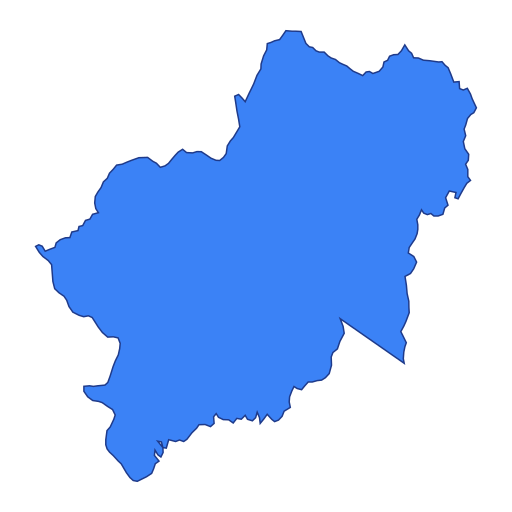 Sapopema, Paraná, Brazil
{"feature_id": "56859067B84915220183665", "entity_name": "Sapopema", "entity_type": "district", "adm_level": 2, "iso_a3": "BRA", "parent_name": "Brazil", "parent_adm1": "Paraná", "projection": "equal_earth", "projection_center": [-50.609, -23.883], "detail": "fine", "context": "isolated", "style": "filled", "palette": "blue", "viewbox_px": 512, "rotation_deg": 0, "n_neighbors": 0, "source": "geoboundaries", "source_scale": "gbopen_adm2", "svg_char_len": 3800}
<svg xmlns="http://www.w3.org/2000/svg" viewBox="0 0 512 512"><path d="M316.0,50.8L312.7,47.5L309.3,46.8L305.9,43.4L301.1,31.5L295.5,31.2L292.0,31.2L285.9,30.7L282.6,35.5L279.6,39.6L274.6,40.8L270.8,42.5L267.3,43.6L266.7,49.9L263.6,55.9L261.1,64.0L260.9,68.9L257.0,75.3L253.7,83.9L251.1,89.3L249.3,92.9L245.2,101.7L242.0,98.0L238.6,94.5L234.7,96.2L235.7,102.5L237.0,111.2L238.6,119.3L239.8,126.8L236.2,132.8L233.4,137.5L230.4,140.9L227.3,145.9L226.2,153.6L223.5,157.4L219.7,160.5L216.0,160.3L211.0,158.2L206.5,155.1L201.3,151.7L196.9,151.6L192.7,152.9L186.6,152.6L182.6,149.3L178.2,152.1L175.2,155.3L171.8,159.3L168.5,163.4L165.0,165.9L160.3,167.3L156.4,163.2L152.8,161.3L147.6,157.4L138.9,157.7L131.6,160.3L126.8,162.2L122.2,164.2L116.6,165.1L113.3,169.2L109.5,173.2L107.3,178.3L103.4,181.9L101.1,187.5L97.9,192.0L95.3,196.5L94.7,203.0L95.8,208.6L98.4,212.7L92.6,214.3L89.9,219.1L85.5,220.4L82.7,225.6L79.0,226.5L78.0,230.6L71.8,232.0L69.9,237.6L65.4,237.8L60.2,239.7L56.2,242.9L54.9,247.4L50.0,249.2L45.2,251.2L42.2,246.2L38.8,244.8L35.6,246.4L39.3,252.4L42.9,256.5L48.3,260.6L51.6,264.7L52.9,281.5L54.7,288.7L59.0,292.8L64.0,296.2L66.7,300.2L69.0,306.6L72.9,312.2L79.1,315.3L83.7,316.7L88.4,315.8L92.2,317.5L98.3,327.1L102.4,332.5L107.7,337.1L113.3,336.8L118.1,337.9L120.2,343.4L119.7,348.6L118.3,354.9L115.4,360.7L113.1,366.6L110.1,376.2L107.8,382.5L104.9,385.1L97.7,385.8L93.4,386.4L89.5,385.8L83.9,386.3L83.9,391.3L87.7,396.8L92.7,400.5L98.6,401.4L102.2,402.6L107.4,406.3L112.6,409.6L115.2,415.0L113.8,419.3L110.2,427.0L107.0,430.6L105.8,439.7L105.8,444.8L107.1,448.9L109.6,452.2L113.3,455.6L118.3,461.1L121.2,463.8L126.4,472.7L130.0,477.6L133.2,480.5L137.3,481.3L146.6,476.7L151.7,473.3L153.6,468.8L155.3,463.7L159.0,461.1L154.4,455.4L155.0,450.1L157.9,454.8L160.9,457.0L163.1,452.5L162.9,447.6L166.3,448.1L168.7,439.7L175.6,441.5L179.5,440.0L183.7,441.5L186.9,439.3L191.9,432.8L196.6,428.2L199.0,424.7L205.1,424.5L210.5,426.6L214.1,423.4L213.6,416.8L216.2,413.6L218.5,417.3L223.2,419.6L228.7,419.8L233.2,423.0L236.8,418.4L241.3,419.2L245.2,415.3L247.5,419.3L252.4,420.8L255.6,417.7L257.2,412.2L259.5,417.7L260.2,423.4L263.8,419.0L267.2,414.3L271.7,419.3L274.6,421.6L278.5,420.1L282.1,416.3L284.1,411.2L290.3,407.4L289.2,401.9L289.6,396.8L291.9,390.8L294.0,386.5L297.1,388.5L301.6,389.7L304.8,385.8L308.2,382.0L312.2,382.0L317.2,380.6L321.6,380.1L325.4,377.7L329.2,373.6L331.5,365.2L331.2,357.0L332.9,352.5L337.4,348.9L339.9,341.4L344.2,333.3L343.1,326.4L340.2,318.7L404.2,363.3L403.3,358.7L403.8,352.0L404.9,346.7L406.3,342.7L403.1,336.2L400.8,331.6L403.8,326.1L405.9,321.5L407.4,317.5L409.2,312.7L408.9,307.4L408.8,301.2L407.1,293.5L406.4,285.3L405.0,276.4L410.5,273.5L413.7,268.8L416.6,262.1L413.8,256.5L408.3,253.0L409.2,247.5L412.7,242.3L415.0,239.0L417.1,233.7L417.8,229.4L417.8,224.8L416.8,219.3L419.4,215.0L421.5,209.8L423.7,213.1L427.3,214.6L430.9,213.5L433.9,216.0L438.1,216.0L442.9,214.3L444.7,208.0L448.0,205.2L445.6,197.7L449.3,191.0L456.0,192.5L454.9,197.7L458.1,198.8L460.8,193.7L464.2,187.6L466.8,183.3L470.5,180.4L467.8,176.7L467.8,169.5L465.6,164.2L468.3,160.3L468.7,154.3L464.8,148.7L463.3,141.5L465.7,135.7L464.1,129.1L465.7,125.0L467.5,118.5L470.8,114.5L473.8,112.7L476.4,107.8L473.9,102.5L472.1,98.6L470.5,94.1L467.3,88.3L463.3,90.0L459.6,88.6L459.1,81.6L453.8,82.1L450.8,74.1L448.1,67.7L445.1,65.3L442.0,61.7L438.7,62.0L429.5,60.7L423.4,60.2L418.4,58.0L413.6,57.8L411.6,53.3L408.6,50.8L404.8,44.9L401.4,50.8L397.9,54.5L393.7,54.7L389.6,56.2L387.6,60.3L384.0,62.0L382.9,67.0L379.2,71.3L372.9,73.5L369.4,71.5L366.1,72.0L362.7,75.6L358.4,73.5L353.3,71.3L350.2,68.9L346.8,66.0L342.8,64.3L339.4,62.7L335.5,59.5L331.2,58.0L328.0,55.9L324.2,52.1L319.3,52.1L316.0,50.8ZM162.9,447.6L157.7,441.2L161.4,441.9L162.9,447.6Z" fill="#3b82f6" stroke="#1e3a8a" stroke-width="1.5"/></svg>